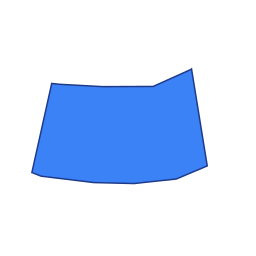 23, Ad Dawhah, Qatar, rotated 294°
{"feature_id": "91078587B28752145715053", "entity_name": "23", "entity_type": "district", "adm_level": 2, "iso_a3": "QAT", "parent_name": "Qatar", "parent_adm1": "Ad Dawhah", "projection": "robinson", "projection_center": [51.511, 25.278], "detail": "fine", "context": "isolated", "style": "filled", "palette": "blue", "viewbox_px": 256, "rotation_deg": 294, "n_neighbors": 0, "source": "geoboundaries", "source_scale": "gbopen_adm2", "svg_char_len": 347}
<svg xmlns="http://www.w3.org/2000/svg" viewBox="0 0 256 256"><g transform="rotate(294 128 128)"><path d="M48.2,58.3L48.6,66.6L48.6,66.9L48.7,68.4L64.3,119.1L79.8,156.3L86.2,167.2L101.0,192.8L125.6,215.8L207.8,162.0L206.9,161.5L176.2,134.1L155.5,88.1L140.1,47.7L137.7,40.2L48.2,58.3Z" fill="#3b82f6" stroke="#1e3a8a" stroke-width="1.5"/></g></svg>